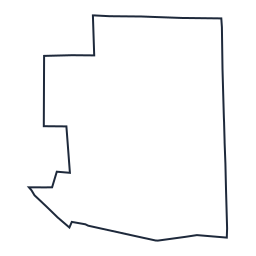 outline of Windham, Connecticut, United States of America
{"feature_id": "52423323B50324071852307", "entity_name": "Windham", "entity_type": "district", "adm_level": 2, "iso_a3": "USA", "parent_name": "United States of America", "parent_adm1": "Connecticut", "projection": "mercator", "projection_center": [-71.988, 41.832], "detail": "fine", "context": "isolated", "style": "outline", "palette": "slate", "viewbox_px": 256, "rotation_deg": 0, "n_neighbors": 0, "source": "geoboundaries", "source_scale": "gbopen_adm2", "svg_char_len": 680}
<svg xmlns="http://www.w3.org/2000/svg" viewBox="0 0 256 256"><path d="M226.0,189.0L225.4,163.3L225.3,160.9L224.6,142.3L224.6,141.3L224.1,123.4L224.1,122.8L223.9,118.2L223.8,115.2L222.8,79.8L222.5,68.9L221.9,27.3L221.3,18.4L185.8,18.0L182.9,18.0L152.2,16.9L141.8,16.5L109.4,16.2L94.0,15.4L92.9,15.4L94.2,55.4L71.9,55.2L44.1,55.9L43.8,126.2L66.4,126.4L69.9,172.8L56.8,171.7L52.1,187.3L44.3,187.4L33.3,187.3L28.9,187.3L31.5,190.3L34.5,195.3L46.4,206.5L57.6,217.4L69.4,227.5L71.8,221.9L85.4,224.3L88.2,225.7L144.1,238.0L147.0,238.6L155.6,240.5L157.9,240.6L185.7,236.8L196.9,235.1L226.8,237.6L227.1,228.4L226.0,189.2L226.0,189.0Z" fill="none" stroke="#1e293b" stroke-width="2"/></svg>